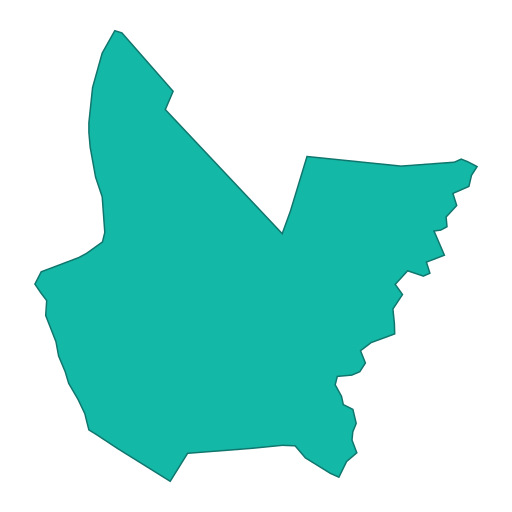 outline of Paranapoema, Paraná, Brazil
{"feature_id": "56859067B29762724922920", "entity_name": "Paranapoema", "entity_type": "district", "adm_level": 2, "iso_a3": "BRA", "parent_name": "Brazil", "parent_adm1": "Paraná", "projection": "natural_earth1", "projection_center": [-52.089, -22.65], "detail": "fine", "context": "isolated", "style": "filled", "palette": "teal", "viewbox_px": 512, "rotation_deg": 0, "n_neighbors": 0, "source": "geoboundaries", "source_scale": "gbopen_adm2", "svg_char_len": 1065}
<svg xmlns="http://www.w3.org/2000/svg" viewBox="0 0 512 512"><path d="M41.2,271.8L34.9,284.1L40.8,292.8L46.7,300.6L45.7,315.5L56.0,341.8L58.6,356.0L65.2,371.7L68.7,383.4L78.0,399.3L84.9,413.8L86.8,421.7L88.9,429.9L96.8,434.8L118.0,448.8L170.2,481.3L187.6,453.3L252.1,448.3L282.3,445.3L295.1,445.8L305.4,457.9L330.4,473.4L338.9,477.2L346.6,461.5L356.8,452.8L352.0,440.1L352.8,431.8L356.2,423.4L352.9,409.4L343.3,404.6L341.5,396.3L335.2,384.8L337.3,376.4L351.8,375.1L359.8,371.7L365.4,363.0L360.5,350.7L371.1,342.6L394.7,333.9L394.4,323.5L392.9,309.0L402.5,294.5L395.2,284.4L407.6,270.8L423.4,276.1L429.9,273.2L426.4,262.1L444.4,255.2L434.0,231.0L440.7,230.1L447.0,226.7L446.1,217.0L456.7,205.5L452.9,193.4L468.9,186.4L471.5,175.3L477.1,166.6L467.9,161.8L461.2,159.1L454.3,162.2L400.9,166.1L307.0,156.5L290.4,211.2L282.2,233.7L165.3,109.6L173.1,91.3L121.9,32.9L114.8,30.7L102.2,53.1L92.6,87.4L88.9,122.7L88.9,132.5L90.2,147.3L95.6,177.2L102.2,196.8L104.8,232.4L102.5,241.9L86.5,253.4L78.7,257.6L41.2,271.8Z" fill="#14b8a6" stroke="#0f766e" stroke-width="1.5"/></svg>